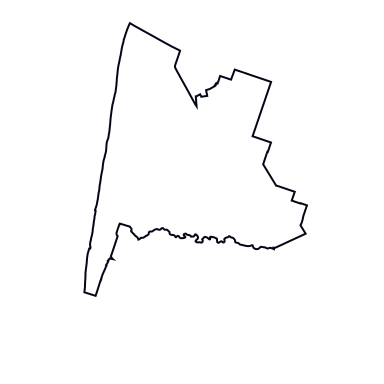 Charles Sturt, South Australia, Australia, rotated 22°
{"feature_id": "25037944B64238988080325", "entity_name": "Charles Sturt", "entity_type": "district", "adm_level": 2, "iso_a3": "AUS", "parent_name": "Australia", "parent_adm1": "South Australia", "projection": "mercator", "projection_center": [138.527, -34.901], "detail": "fine", "context": "isolated", "style": "outline", "palette": "ink", "viewbox_px": 384, "rotation_deg": 22, "n_neighbors": 0, "source": "geoboundaries", "source_scale": "gbopen_adm2", "svg_char_len": 5929}
<svg xmlns="http://www.w3.org/2000/svg" viewBox="0 0 384 384"><g transform="rotate(22 192 192)"><path d="M313.0,188.1L305.0,182.2L305.2,180.8L305.2,179.7L305.0,176.8L304.8,175.7L304.5,174.1L304.2,172.0L303.6,161.3L296.9,161.7L296.9,162.1L287.7,162.6L287.2,153.3L268.0,154.4L267.7,154.6L247.6,139.7L246.8,126.5L247.3,126.4L246.7,116.5L227.3,117.6L224.1,60.3L205.1,61.4L185.8,62.5L186.1,73.2L174.6,73.9L174.7,75.4L174.8,77.1L174.9,77.8L175.0,81.0L174.7,80.8L173.6,82.3L174.2,82.7L173.6,83.5L173.9,83.8L173.2,84.6L173.7,85.0L169.9,89.8L166.9,92.3L170.1,97.2L165.0,100.2L162.9,98.4L160.3,101.6L159.7,101.9L164.1,110.8L162.2,109.5L150.0,99.5L147.8,97.7L139.1,90.7L135.8,88.0L132.7,85.5L129.7,82.9L129.4,82.5L129.1,81.7L128.8,79.7L128.4,71.4L128.0,65.4L118.8,64.7L108.4,63.5L99.9,62.4L77.0,59.6L71.2,58.7L71.1,59.6L71.0,65.6L71.1,66.4L71.1,67.3L71.2,68.1L71.1,68.7L71.2,69.3L71.4,72.0L71.6,73.9L71.7,76.5L72.1,78.0L72.4,80.2L72.5,81.5L72.9,84.0L73.4,86.6L73.8,88.2L74.3,90.6L74.6,91.9L75.1,95.0L75.9,99.0L76.6,103.1L77.3,106.1L79.0,111.8L79.8,114.9L80.7,117.5L81.5,120.2L82.0,121.6L82.5,123.7L83.6,127.7L83.9,130.5L84.1,131.8L84.4,132.9L84.5,134.3L85.2,137.8L85.5,140.6L87.2,147.8L87.7,149.5L88.0,150.8L89.1,154.8L90.8,160.1L91.6,163.1L92.3,165.4L92.8,167.1L93.1,168.6L94.2,173.5L94.2,175.5L94.4,178.0L95.1,180.5L96.9,185.9L97.4,188.7L97.6,191.2L98.0,192.5L98.1,194.6L98.5,197.1L99.4,200.7L99.6,201.6L99.8,202.1L100.4,204.1L101.3,209.0L101.8,211.6L102.9,215.6L103.1,216.8L103.5,218.0L103.6,218.9L103.8,219.9L104.1,220.9L104.3,221.8L104.7,223.2L105.2,224.6L105.2,224.8L105.4,225.5L105.5,226.2L105.6,227.0L105.6,227.4L106.0,228.4L106.3,230.1L106.8,231.6L107.1,233.1L107.5,234.6L107.8,236.6L108.1,237.6L108.6,240.8L108.8,245.2L108.9,245.3L109.0,245.4L109.6,245.4L109.7,245.6L110.2,247.7L110.5,248.7L110.6,249.5L110.7,250.7L111.6,253.7L112.0,255.9L113.3,260.6L113.8,263.2L114.7,265.9L114.9,267.1L115.3,268.9L115.7,271.9L115.9,273.3L116.3,274.5L116.4,276.2L116.9,278.3L117.7,280.0L118.5,281.0L118.6,281.5L118.8,282.4L118.2,282.4L117.9,282.7L117.9,283.9L118.1,285.2L118.3,286.1L118.3,287.3L118.5,288.6L118.8,289.9L119.5,292.8L120.7,296.4L121.4,298.9L121.8,300.4L122.0,301.2L122.4,302.7L122.6,303.6L123.1,305.1L123.3,306.2L123.8,307.5L124.3,308.7L125.4,311.8L126.9,316.4L127.2,316.8L127.3,317.6L127.8,318.7L128.4,320.4L129.2,323.3L129.8,325.3L141.5,324.4L141.1,317.9L140.4,309.2L140.6,309.2L140.5,306.8L140.3,306.8L140.0,302.4L140.3,292.2L139.7,292.0L140.2,289.7L140.3,287.2L139.8,287.2L140.3,285.3L140.6,284.5L143.7,283.9L143.1,283.7L140.9,282.2L140.5,274.3L139.6,260.8L138.5,260.2L137.9,259.4L137.4,258.6L137.2,256.4L137.0,253.8L136.8,249.4L137.0,249.4L137.0,248.3L147.4,247.4L149.6,248.8L149.9,249.1L150.2,249.9L150.2,250.6L150.1,250.8L150.4,251.3L151.1,251.6L152.5,252.3L153.7,252.7L155.4,253.6L156.0,253.9L156.3,254.0L157.1,254.1L157.8,254.3L159.0,255.0L159.5,255.4L159.9,255.8L160.1,256.2L160.8,255.7L161.0,255.4L161.4,254.4L161.8,253.6L163.1,253.1L163.8,252.7L164.3,252.2L164.6,251.8L165.3,250.6L165.6,250.3L166.1,249.6L166.3,249.5L166.9,248.5L167.5,247.8L167.6,247.5L167.2,245.7L167.2,245.3L167.3,245.0L167.5,244.7L167.8,244.4L168.3,244.2L169.4,243.8L170.0,243.3L171.2,241.3L172.0,240.5L172.7,239.9L173.1,239.6L173.5,239.5L175.4,239.4L176.3,239.1L176.6,238.8L177.0,238.1L177.4,237.2L177.6,236.9L178.1,236.6L178.4,236.5L178.9,236.5L180.2,237.1L180.7,237.2L181.2,237.1L182.4,236.5L183.1,236.4L183.5,236.5L185.9,237.4L186.1,237.6L186.3,237.9L186.6,238.6L186.9,239.0L187.5,239.4L187.9,239.5L188.9,239.5L190.8,238.9L191.6,238.8L192.3,239.0L193.7,240.0L193.9,240.0L194.1,239.9L194.3,239.6L194.6,238.7L195.1,238.1L195.3,238.0L196.0,237.9L196.4,238.0L197.5,238.8L197.8,238.9L198.2,239.0L198.9,239.0L199.6,238.8L200.3,238.4L201.1,238.1L201.5,237.8L202.4,237.1L202.7,236.6L202.7,236.4L202.6,236.2L202.3,235.9L202.1,235.8L201.5,235.8L201.2,235.7L200.4,234.9L200.3,234.7L200.4,234.2L200.8,233.6L201.4,233.1L201.6,233.0L202.2,233.0L202.6,233.1L203.3,233.4L203.6,233.5L205.7,233.0L206.5,233.0L206.9,233.0L207.4,233.6L207.6,233.7L208.0,233.7L209.7,232.9L210.3,232.4L210.6,231.8L210.7,231.0L210.6,230.6L210.7,230.4L210.8,230.2L211.0,230.0L211.5,229.9L212.0,230.0L212.3,230.2L213.3,230.6L213.8,230.9L214.1,231.2L214.7,232.1L214.8,232.5L214.8,232.9L214.6,233.7L214.2,234.3L213.9,235.2L213.7,235.9L213.7,236.2L214.0,236.5L214.8,236.8L215.4,236.8L216.8,236.3L217.6,235.9L219.2,235.5L219.8,235.3L220.1,235.0L220.3,234.6L220.4,234.2L220.4,233.6L220.1,232.9L219.3,232.3L219.2,232.0L219.3,231.6L219.8,230.8L220.0,229.9L220.2,229.4L220.6,228.9L221.3,228.6L222.5,228.6L223.2,228.6L223.5,228.6L224.2,228.9L224.9,229.1L225.4,229.3L226.0,229.4L226.4,229.0L226.4,228.4L226.1,228.0L225.8,227.7L225.7,227.2L225.7,226.9L225.8,226.7L226.2,226.4L226.5,226.3L227.0,226.3L228.0,226.1L228.2,225.9L228.4,225.9L230.7,225.8L232.2,225.9L232.6,226.1L232.7,226.5L232.9,226.6L233.3,227.5L233.5,227.8L233.8,228.3L234.2,228.9L234.3,229.1L234.7,229.2L235.5,229.2L236.3,228.3L236.8,227.6L237.2,227.1L237.7,226.7L238.6,226.7L239.4,227.1L239.9,227.1L240.3,226.9L240.6,226.6L240.7,226.1L240.7,225.5L240.0,224.1L239.7,223.8L239.6,223.6L239.6,223.3L239.8,222.9L240.5,221.9L240.7,221.6L241.0,221.3L241.7,220.9L242.4,220.2L242.7,219.7L242.9,219.2L243.2,219.0L243.5,219.0L244.3,219.2L245.0,219.4L245.7,219.4L247.0,219.2L247.4,219.2L248.4,219.7L248.7,219.8L249.2,220.1L249.8,220.5L250.8,222.1L251.2,222.4L251.8,222.4L253.0,222.1L253.9,222.0L254.4,222.1L256.2,222.7L256.6,222.7L258.4,222.3L260.2,222.1L260.8,221.9L262.2,221.8L264.3,221.2L265.0,220.9L265.8,220.4L266.5,219.9L267.4,219.0L268.0,218.7L268.3,218.9L269.2,220.0L269.7,220.4L270.3,220.8L271.7,221.0L272.0,221.1L273.7,220.6L274.4,220.2L274.7,220.0L275.5,218.7L276.1,217.3L276.5,217.0L278.9,216.4L280.1,216.1L280.8,216.0L282.1,216.2L283.0,216.1L283.3,216.0L283.9,215.6L285.1,214.6L285.9,214.3L288.5,214.2L289.4,214.3L289.3,213.9L289.1,213.4L288.7,213.0L290.0,212.6L313.0,188.1Z" fill="none" stroke="#020617" stroke-width="2"/></g></svg>